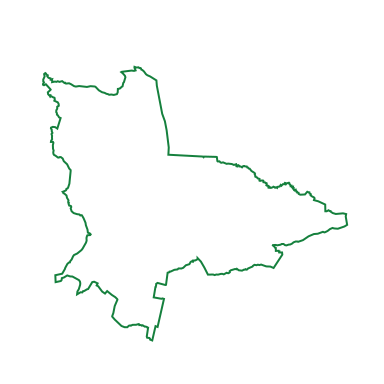 the district of Amozoc, Puebla, Mexico, rotated 81°
{"feature_id": "50627088B614653988957", "entity_name": "Amozoc", "entity_type": "district", "adm_level": 2, "iso_a3": "MEX", "parent_name": "Mexico", "parent_adm1": "Puebla", "projection": "albers", "projection_center": [-98.054, 19.064], "detail": "fine", "context": "isolated", "style": "outline", "palette": "green", "viewbox_px": 384, "rotation_deg": 81, "n_neighbors": 0, "source": "geoboundaries", "source_scale": "gbopen_adm2", "svg_char_len": 5987}
<svg xmlns="http://www.w3.org/2000/svg" viewBox="0 0 384 384"><g transform="rotate(81 192 192)"><path d="M327.7,259.3L328.9,259.1L329.5,257.0L330.2,256.5L331.3,256.4L332.4,254.5L318.8,249.0L319.9,247.1L293.2,236.4L292.5,237.9L292.7,238.7L292.3,240.0L290.1,246.3L280.2,243.0L280.2,242.7L278.1,241.9L277.2,241.8L276.4,240.3L279.7,232.8L279.6,232.2L267.9,228.7L267.7,226.9L267.1,226.6L267.2,225.4L266.1,221.6L266.2,218.4L265.4,217.3L265.9,214.5L265.5,212.5L263.4,209.5L262.9,205.9L260.9,204.3L260.4,203.3L260.4,202.9L261.1,202.0L260.4,201.4L259.9,201.5L260.1,199.4L259.2,196.9L258.2,196.8L262.1,194.1L268.6,191.6L276.1,189.2L276.8,184.1L277.6,182.6L277.3,180.9L277.7,179.2L277.4,176.4L277.6,174.8L278.3,173.5L277.2,170.4L277.7,169.6L277.9,168.6L277.2,167.2L276.1,167.2L275.4,165.9L274.8,161.5L275.3,160.1L274.9,159.7L276.6,158.1L277.5,154.9L276.8,152.7L277.0,152.0L276.6,151.2L277.2,150.5L277.2,149.8L276.3,148.6L275.1,143.9L274.5,143.4L273.7,141.7L274.4,139.7L274.1,138.3L274.7,136.9L274.5,135.1L277.1,130.3L277.9,126.3L279.8,123.3L268.0,112.6L265.8,112.5L265.4,115.2L264.5,115.0L264.5,115.5L263.6,115.6L263.3,118.4L260.3,118.0L259.9,118.8L258.8,119.2L257.4,120.5L257.1,120.3L257.4,117.6L258.0,116.1L257.9,112.8L257.4,111.5L257.7,109.7L259.0,108.5L259.5,107.1L259.1,104.8L259.2,103.1L258.6,101.2L257.6,99.6L257.1,97.2L257.5,95.3L257.8,95.0L256.9,89.9L254.0,83.8L252.6,78.2L252.9,74.3L251.8,68.9L252.6,67.6L252.5,66.7L251.7,64.2L250.2,61.5L249.5,58.8L250.2,57.4L251.1,53.7L249.9,46.8L248.7,43.9L240.3,44.0L237.9,43.2L236.7,46.2L236.2,53.4L234.8,56.3L232.8,58.4L232.5,58.3L232.3,59.1L231.4,60.0L232.1,62.0L231.9,63.3L225.2,62.4L220.9,68.8L219.1,72.8L217.3,71.9L216.4,72.4L215.0,74.3L213.8,75.4L213.0,75.0L212.5,75.1L211.9,76.1L210.7,76.1L210.5,77.0L209.8,78.1L212.1,80.8L211.6,85.5L210.6,86.9L209.4,86.9L209.0,88.2L208.1,88.2L207.9,88.9L206.0,89.2L206.6,90.4L206.1,90.9L205.5,90.8L204.5,91.7L203.9,91.0L203.4,91.6L202.6,91.4L202.7,92.5L201.5,92.6L201.7,93.7L200.2,93.8L199.6,94.5L198.6,94.4L198.0,94.8L198.3,97.2L198.9,97.9L197.8,98.2L197.5,98.8L197.8,99.1L198.8,99.1L198.5,101.0L199.8,102.7L198.9,103.3L200.3,104.6L200.3,106.7L201.3,107.3L200.5,108.2L200.8,109.2L200.3,109.4L199.5,110.8L199.9,111.3L200.3,113.4L199.7,115.8L198.7,115.8L198.6,115.0L197.8,115.7L197.4,117.1L197.0,117.5L195.9,116.9L194.9,117.0L194.7,117.9L194.0,118.3L193.5,119.9L192.0,119.8L191.7,120.2L191.5,122.4L191.7,123.0L191.3,123.6L189.6,123.3L188.8,125.0L187.9,125.4L186.7,127.1L185.8,126.9L184.4,127.3L183.9,126.9L183.0,127.2L180.5,130.0L178.0,131.4L177.7,132.3L176.6,132.9L176.4,133.6L175.4,133.9L175.0,135.7L174.5,136.2L174.4,137.3L175.5,138.7L174.4,139.9L174.2,141.2L173.6,141.2L172.7,142.1L172.8,142.8L173.8,143.3L173.5,144.1L171.5,144.1L171.8,146.4L170.6,148.3L169.6,151.9L169.6,153.4L167.6,156.7L167.7,158.5L167.3,159.2L166.0,160.1L165.9,161.7L165.4,162.1L161.4,162.0L161.1,162.6L158.9,174.5L159.5,175.1L158.7,175.8L158.5,176.6L151.5,209.5L144.4,208.0L127.1,207.4L117.9,207.7L110.1,209.2L81.5,210.1L76.2,209.7L71.3,215.3L69.7,217.8L68.5,219.0L65.4,220.6L63.7,222.0L63.2,222.9L61.9,223.1L61.5,223.5L61.4,224.6L60.5,225.3L60.4,227.4L59.4,229.2L60.2,229.4L63.1,228.7L63.3,230.3L62.6,232.7L62.3,242.6L62.5,243.1L63.8,241.9L66.6,240.1L68.2,239.8L72.8,242.0L73.5,242.8L76.8,244.1L77.2,245.2L78.4,246.7L78.3,247.5L78.9,248.5L78.7,249.1L82.0,249.8L83.6,250.9L83.9,254.1L83.1,256.4L83.0,258.6L82.2,259.7L81.6,261.2L80.4,262.8L79.4,265.2L77.0,268.1L73.1,270.8L72.6,271.5L71.6,275.7L71.8,279.3L69.7,286.9L69.7,290.2L69.0,291.9L66.7,294.5L65.4,296.4L65.2,299.5L64.2,300.3L64.4,300.9L62.2,302.9L62.5,305.7L61.6,307.3L62.0,308.6L61.5,310.1L61.6,312.9L60.6,312.5L59.9,313.1L58.7,312.5L58.8,314.1L57.6,314.0L56.8,315.8L55.2,316.8L54.2,316.2L53.5,317.2L52.2,317.7L51.6,318.3L52.4,319.6L54.9,319.5L57.6,321.3L59.6,321.6L60.5,321.0L61.9,322.2L62.7,322.4L63.4,321.5L62.7,319.5L68.3,315.8L68.8,315.6L69.1,315.9L71.0,318.8L72.9,318.8L74.1,318.0L74.2,316.9L75.1,317.3L75.7,317.1L75.2,316.4L75.3,316.1L76.6,314.6L77.4,313.1L79.0,313.0L80.3,313.7L82.4,310.6L83.9,310.0L85.6,310.0L86.3,310.4L86.3,311.1L86.7,311.8L88.7,312.1L90.0,313.2L91.9,313.6L93.0,313.1L94.5,313.3L95.1,312.6L97.5,311.6L98.4,310.2L108.3,315.1L106.6,316.9L106.3,317.8L105.9,319.3L106.4,321.2L107.1,321.4L108.5,320.8L110.2,321.0L111.8,320.6L112.8,321.7L114.6,321.4L116.3,321.8L118.0,321.9L119.5,323.2L120.5,323.5L120.8,321.5L121.7,321.2L124.0,322.1L127.5,322.5L129.5,322.2L130.9,322.8L132.7,322.9L134.0,322.3L134.6,321.3L137.0,319.0L137.2,318.1L136.8,317.5L137.0,316.1L138.7,314.5L141.5,313.8L145.1,311.0L149.7,309.6L151.2,308.5L152.0,308.5L164.6,311.8L168.3,313.7L169.0,314.4L169.2,315.5L170.4,316.0L170.8,316.6L171.6,319.7L172.2,319.3L173.1,319.2L173.4,318.5L175.8,316.5L178.1,316.4L180.9,315.3L182.6,315.9L183.5,315.3L184.1,315.8L185.3,315.6L186.2,315.4L186.8,313.9L187.4,313.6L188.2,313.7L189.2,314.4L192.2,313.9L194.3,312.2L195.9,309.0L196.6,306.7L197.7,306.0L197.5,305.2L197.8,304.4L200.9,303.2L205.7,302.0L208.2,302.0L212.8,301.1L215.8,301.2L217.0,299.3L218.0,298.7L218.6,299.3L218.4,302.1L219.2,302.7L220.9,303.4L223.6,303.7L225.4,304.6L230.8,308.9L232.1,310.3L234.8,315.0L235.8,318.4L236.9,319.5L239.8,321.4L241.4,323.2L242.4,323.6L242.4,324.6L243.5,326.3L247.0,329.0L248.2,329.6L252.4,333.0L252.8,340.0L259.7,340.8L259.4,335.5L258.6,334.6L256.7,334.0L256.4,331.9L254.9,328.3L256.3,325.6L256.8,323.3L261.3,317.5L262.8,316.7L264.5,316.6L266.2,317.0L270.3,319.0L272.3,320.7L275.1,321.5L273.6,317.8L274.0,316.0L272.9,315.1L272.9,313.9L271.7,311.0L271.6,309.8L265.4,304.6L265.3,302.7L267.5,299.5L269.4,300.8L270.4,299.4L276.3,296.3L278.7,293.8L276.6,291.3L281.1,287.3L283.9,284.2L286.1,282.6L286.7,282.5L292.6,286.2L299.2,288.6L302.1,290.2L302.6,290.3L306.0,288.2L313.3,282.6L315.0,279.7L315.4,277.0L314.2,275.3L314.1,273.9L314.5,273.3L313.9,271.6L314.4,268.0L314.1,265.4L314.3,265.0L315.2,264.9L315.4,263.3L316.2,262.4L315.9,261.6L317.6,259.7L317.6,259.0L318.3,257.6L319.0,257.3L319.2,256.6L327.7,259.3Z" fill="none" stroke="#15803d" stroke-width="2"/></g></svg>